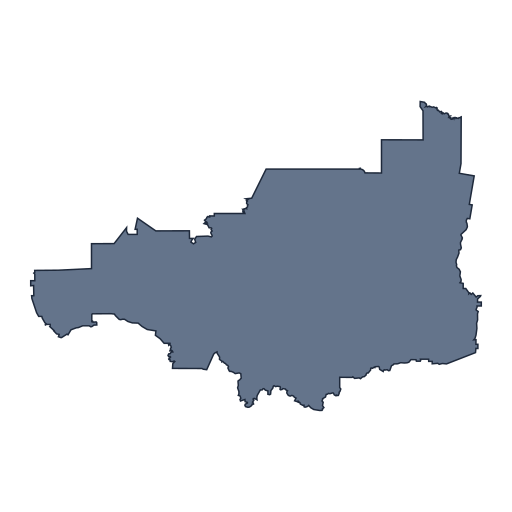 Strathbogie, Victoria, Australia
{"feature_id": "25037944B88873459559234", "entity_name": "Strathbogie", "entity_type": "district", "adm_level": 2, "iso_a3": "AUS", "parent_name": "Australia", "parent_adm1": "Victoria", "projection": "orthographic", "projection_center": [145.366, -36.724], "detail": "fine", "context": "isolated", "style": "filled", "palette": "slate", "viewbox_px": 512, "rotation_deg": 0, "n_neighbors": 0, "source": "geoboundaries", "source_scale": "gbopen_adm2", "svg_char_len": 6079}
<svg xmlns="http://www.w3.org/2000/svg" viewBox="0 0 512 512"><path d="M441.3,111.4L439.7,111.9L438.4,110.2L437.5,110.4L436.9,109.0L437.2,108.1L436.5,107.5L435.9,107.9L433.6,106.9L432.2,107.3L429.5,106.2L429.4,106.6L428.5,106.3L427.5,106.9L426.3,106.3L425.8,106.5L426.6,105.5L426.5,104.9L426.2,103.9L425.4,103.5L424.6,102.3L420.2,101.5L420.1,106.6L423.0,110.8L423.1,139.9L381.5,139.8L381.5,173.0L365.0,172.9L364.3,171.2L362.7,169.7L360.1,168.8L360.2,168.3L359.4,168.4L359.4,169.1L266.1,169.1L251.7,198.2L245.8,198.8L246.4,199.1L247.6,198.6L248.6,199.1L246.4,200.7L246.8,201.3L247.2,200.9L247.4,201.2L246.7,202.1L246.6,203.4L247.9,204.8L247.5,205.0L247.5,206.9L246.3,207.9L246.6,208.7L245.6,208.5L243.4,209.1L243.7,209.6L242.9,209.5L243.2,209.9L242.8,211.1L243.1,212.3L244.2,211.7L244.9,213.5L214.3,213.5L214.3,216.0L209.7,215.9L209.9,216.8L209.3,217.0L207.8,216.5L206.9,217.3L206.4,218.7L204.5,220.2L205.5,221.4L206.6,221.9L207.3,223.0L206.4,223.2L205.1,222.6L204.0,223.6L207.5,224.6L209.1,227.8L211.1,227.8L211.7,228.3L211.1,229.6L212.1,231.0L210.9,232.1L210.8,232.9L212.1,235.5L212.1,236.2L211.4,236.9L208.0,236.1L196.5,236.5L194.7,239.3L195.7,242.4L193.5,243.8L190.9,242.1L191.8,240.1L193.2,238.4L189.5,238.4L189.4,230.8L155.8,230.9L137.5,218.2L135.1,229.3L137.2,229.3L137.2,234.4L128.1,234.4L126.5,231.2L126.6,227.6L114.1,243.6L91.5,243.7L91.5,268.6L58.4,270.2L34.7,270.4L34.8,272.3L33.8,273.1L34.8,274.1L34.8,280.7L30.7,280.7L30.7,285.8L33.6,285.5L33.8,295.7L31.6,295.7L31.9,298.6L36.6,312.7L38.7,316.4L41.8,316.4L42.3,318.2L45.0,322.9L46.1,323.7L45.3,324.8L45.6,325.0L46.1,324.4L50.2,324.4L50.2,326.3L49.8,326.6L54.1,330.6L53.8,330.9L56.6,333.9L59.2,334.4L58.4,336.7L60.9,337.6L61.5,337.6L67.0,334.1L68.0,334.8L71.0,329.8L76.3,327.8L78.3,327.6L82.7,325.8L89.2,325.8L90.8,326.8L91.8,326.6L94.0,325.1L96.8,325.0L96.7,322.5L96.1,321.9L93.2,322.2L92.3,321.9L92.8,321.4L92.6,321.1L91.8,321.3L91.8,314.6L92.3,313.8L111.2,313.7L114.5,314.1L115.3,315.5L119.2,319.4L120.7,319.7L122.6,319.2L124.6,319.3L127.9,321.5L132.3,322.9L138.1,323.1L142.1,326.5L147.2,329.5L155.9,330.9L155.4,335.3L160.1,338.7L164.1,343.3L169.2,343.3L168.5,344.1L168.7,345.0L169.7,343.6L170.1,343.8L169.8,344.9L170.8,345.8L171.3,347.3L170.5,348.4L170.8,349.7L170.1,350.1L169.9,350.8L172.1,350.7L172.8,351.9L171.1,352.2L170.2,353.6L168.7,353.9L168.0,355.4L168.7,356.7L170.0,356.4L170.5,356.9L170.5,357.3L168.7,359.0L168.9,359.5L169.9,359.7L170.2,361.4L172.5,361.7L174.1,361.0L174.8,361.5L172.8,363.7L172.5,368.4L202.0,368.5L203.2,369.2L206.7,369.7L213.7,354.1L214.8,353.0L217.0,351.9L217.1,353.2L219.6,357.1L219.5,359.4L221.9,361.2L221.9,361.9L222.9,361.5L224.4,363.1L225.5,363.5L226.5,364.9L227.7,365.3L228.5,366.7L227.9,368.0L229.2,370.9L230.0,371.5L230.9,371.3L233.4,372.3L235.2,373.6L239.2,372.9L240.8,373.7L241.2,378.2L239.4,380.1L238.3,380.6L238.0,381.4L238.3,385.4L237.6,387.8L238.9,391.5L238.9,393.9L238.3,395.4L239.8,395.8L240.2,396.3L240.8,398.2L240.0,399.4L240.5,401.0L244.9,399.5L245.1,401.7L247.4,402.4L247.4,403.1L245.2,404.2L244.9,405.3L245.5,406.6L247.8,407.3L249.1,407.2L250.7,406.3L251.8,405.3L252.1,404.2L253.5,404.1L253.4,403.1L252.5,402.1L253.8,400.5L253.7,399.8L253.2,399.6L253.3,398.6L254.5,398.4L257.0,399.8L256.8,397.9L257.2,395.5L260.3,390.0L262.2,389.9L263.1,388.7L264.0,388.7L265.4,390.2L267.9,390.9L267.9,394.3L269.7,394.7L270.6,394.1L270.9,390.6L272.8,388.2L273.3,386.2L274.1,385.7L275.5,386.6L277.3,386.2L280.0,386.6L280.4,387.2L280.0,389.3L280.5,389.8L282.0,389.5L282.9,388.6L285.5,389.1L286.1,390.1L287.5,390.7L286.8,392.0L286.9,393.2L288.3,395.4L290.1,396.1L291.9,395.4L293.6,396.1L294.2,397.1L296.0,398.1L294.6,400.8L296.7,401.5L298.2,401.1L298.7,401.6L298.3,402.3L299.9,402.6L300.3,404.0L302.7,405.3L304.0,405.2L304.0,406.6L304.3,407.0L305.7,407.1L307.8,406.3L308.7,405.4L310.7,407.7L313.7,409.5L319.8,410.5L322.0,410.4L322.6,409.6L322.4,408.9L323.9,407.6L322.5,405.6L323.2,402.2L322.2,401.4L322.1,400.5L322.7,399.5L322.6,398.7L325.5,397.0L326.2,394.4L327.6,394.1L328.4,393.4L329.9,393.7L332.7,392.9L333.4,393.1L334.3,394.9L336.0,395.8L336.4,395.1L337.9,395.6L338.4,395.3L339.2,393.3L339.1,392.2L339.9,391.6L340.8,389.0L339.7,387.6L339.7,377.3L352.1,377.4L352.8,376.8L354.6,378.4L359.2,377.9L360.5,378.7L362.5,376.9L364.3,376.6L366.1,375.0L366.1,374.2L367.2,372.9L368.2,373.0L370.6,370.0L370.7,368.3L371.2,368.0L372.6,368.3L373.9,367.3L374.9,367.6L375.1,366.7L378.5,366.5L379.2,367.0L379.7,369.4L383.2,371.5L383.5,370.3L384.6,369.8L384.9,370.1L387.2,369.7L388.5,370.7L389.8,370.5L391.5,365.7L393.4,364.7L394.0,363.9L397.6,363.8L400.7,362.7L404.4,363.0L407.1,362.8L408.9,362.2L411.0,359.6L416.0,359.7L416.4,361.2L420.3,361.2L420.7,360.2L420.4,359.2L428.6,359.2L428.7,361.4L432.2,361.4L432.2,363.8L437.8,363.3L439.2,364.3L442.3,363.5L446.5,363.9L475.5,352.6L475.9,348.4L477.9,348.5L477.9,344.3L475.9,344.3L476.0,339.7L473.8,339.8L475.0,338.4L476.0,335.1L476.9,328.4L476.6,323.2L477.6,320.0L477.5,313.8L478.2,311.5L476.3,310.2L476.1,309.5L477.1,307.0L477.0,306.0L481.3,306.0L481.3,302.1L477.5,302.1L477.6,298.9L480.4,296.4L480.7,295.6L477.8,295.7L476.1,297.0L472.8,293.0L471.2,294.4L469.9,292.9L468.9,293.7L469.0,293.0L465.8,288.5L463.2,288.5L463.2,283.4L460.0,282.7L461.1,281.2L461.1,279.4L459.8,275.9L460.4,271.8L459.1,269.2L456.9,267.5L456.4,265.5L456.7,264.8L456.0,262.2L456.3,259.5L457.5,257.2L459.0,253.1L458.8,250.5L458.9,250.0L460.5,249.7L461.3,247.9L460.5,244.1L460.5,242.4L462.3,238.8L462.0,238.2L462.3,237.7L460.9,235.0L461.1,234.3L466.1,229.7L467.2,227.3L467.4,226.4L466.9,223.2L466.3,222.2L466.3,220.3L467.3,218.4L469.8,218.8L472.2,204.9L469.3,204.4L474.2,175.9L459.3,173.3L461.0,163.6L461.2,116.8L460.9,116.9L460.7,117.8L459.1,117.6L458.2,118.5L456.9,118.0L456.3,118.3L456.3,117.8L455.3,117.9L455.0,117.4L454.4,117.6L454.0,118.8L453.5,117.9L452.6,118.8L452.1,118.1L451.8,119.2L451.2,119.3L450.2,118.4L450.3,117.7L448.9,117.5L450.1,116.1L448.9,116.3L448.4,114.1L447.6,113.9L447.5,113.3L446.1,113.0L444.1,113.8L443.3,113.0L442.2,113.9L441.6,113.4L442.5,113.2L442.5,112.8L441.6,112.6L441.8,112.0L441.3,111.4Z" fill="#64748b" stroke="#1e293b" stroke-width="1.5"/></svg>